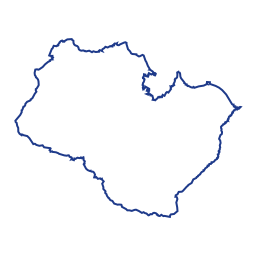 the district of Pasuruan, Jawa Timur, Indonesia
{"feature_id": "22746128B81373906315979", "entity_name": "Pasuruan", "entity_type": "district", "adm_level": 2, "iso_a3": "IDN", "parent_name": "Indonesia", "parent_adm1": "Jawa Timur", "projection": "mercator", "projection_center": [112.85, -7.751], "detail": "fine", "context": "isolated", "style": "outline", "palette": "blue", "viewbox_px": 256, "rotation_deg": 0, "n_neighbors": 0, "source": "geoboundaries", "source_scale": "gbopen_adm2", "svg_char_len": 5723}
<svg xmlns="http://www.w3.org/2000/svg" viewBox="0 0 256 256"><path d="M21.2,134.9L21.2,134.4L22.6,134.6L23.2,135.1L27.3,136.1L29.4,138.2L33.3,144.1L34.1,143.8L35.2,143.9L36.3,144.9L39.3,145.8L42.6,145.3L44.1,147.3L50.4,148.2L50.6,148.6L49.6,150.1L50.2,150.5L50.5,151.8L52.2,151.4L52.6,151.9L56.0,152.3L58.5,153.3L59.0,153.8L64.3,155.4L66.7,155.7L68.2,155.3L68.9,155.4L69.6,156.8L71.4,157.3L71.8,158.4L71.4,159.2L72.1,158.9L72.1,159.5L73.5,160.1L73.9,160.2L74.4,158.5L75.5,158.9L77.4,157.7L79.4,158.1L80.4,158.0L80.7,157.6L81.3,158.0L81.5,157.6L82.3,157.8L83.4,157.3L83.6,158.2L83.2,158.7L83.5,159.0L83.5,159.8L84.8,161.3L84.4,162.1L84.6,163.3L84.2,163.6L84.8,164.6L84.2,164.2L83.8,164.4L86.1,168.7L87.7,170.1L89.8,171.0L90.5,170.8L90.5,171.1L91.6,171.6L92.8,171.6L94.0,172.5L95.0,174.6L94.2,177.4L95.4,177.5L96.2,177.0L97.8,178.8L100.2,178.4L100.8,179.0L101.9,178.7L102.0,179.6L103.7,181.4L102.2,183.7L103.4,187.2L103.3,188.9L105.5,191.3L105.2,192.9L106.5,194.2L106.9,195.7L108.5,198.0L109.2,198.2L109.7,199.4L110.5,200.2L112.4,200.9L114.2,203.6L117.7,204.7L118.9,204.5L121.2,204.7L121.6,205.1L121.9,206.8L126.1,209.1L127.3,210.3L129.3,210.3L131.8,210.9L134.5,209.9L136.0,209.7L138.9,211.0L141.9,212.9L143.6,212.2L144.9,213.1L146.5,213.5L148.4,215.3L149.2,215.1L150.4,214.1L151.9,214.3L153.1,213.1L154.1,212.8L155.8,213.2L157.0,214.1L156.9,214.5L157.7,214.8L157.6,215.3L158.6,215.8L159.8,216.0L161.3,214.8L163.4,216.1L164.6,215.9L169.9,216.9L170.1,215.4L170.9,214.4L174.0,214.0L177.5,211.1L177.2,207.3L176.3,202.5L177.4,199.1L176.9,197.3L176.1,196.9L175.8,196.4L175.5,196.5L175.7,195.3L177.5,194.3L178.7,191.9L181.8,191.7L183.0,190.8L186.6,186.8L188.2,185.4L188.3,185.0L191.6,183.0L193.3,179.4L196.2,178.0L196.7,177.0L197.2,176.9L198.1,176.2L198.1,175.7L200.2,174.3L200.2,173.9L201.6,172.1L203.5,171.1L203.5,170.2L204.2,170.2L205.3,168.3L207.2,167.1L207.2,166.4L208.4,165.9L208.1,165.4L209.0,165.1L209.3,164.0L210.8,163.9L210.8,163.4L211.9,162.9L211.8,162.3L212.3,162.4L214.1,161.5L215.2,160.0L217.0,159.0L217.0,158.1L217.8,158.0L218.3,156.6L217.9,156.1L218.3,155.0L217.9,154.4L218.7,154.0L218.8,153.0L219.5,152.0L219.4,151.3L218.8,151.4L218.6,151.1L219.8,149.5L219.7,148.5L220.2,147.7L219.8,145.3L220.6,143.0L220.2,140.5L219.1,138.9L220.4,135.1L221.7,134.2L222.0,132.9L222.0,131.8L221.3,130.6L221.6,129.0L221.2,128.5L221.0,126.9L221.9,125.7L222.6,125.4L223.3,124.2L223.8,124.3L224.7,123.7L224.8,123.2L225.2,123.2L225.4,122.3L226.0,122.5L226.2,121.9L227.3,121.3L227.6,120.3L228.0,120.5L227.8,119.8L228.1,118.8L228.6,118.8L228.9,116.9L229.4,116.3L230.2,116.2L230.5,115.3L231.2,115.4L231.7,114.6L231.9,113.5L232.4,113.2L232.3,112.5L233.0,112.4L232.9,111.8L234.0,110.3L234.6,110.4L235.3,109.3L237.1,109.5L237.2,108.7L237.7,109.0L238.3,108.6L238.8,108.8L240.6,107.0L240.1,106.9L238.5,107.8L236.9,107.2L235.3,107.3L234.2,106.7L234.5,106.3L233.8,106.3L233.6,104.6L232.8,104.7L232.0,104.1L226.2,94.5L222.2,90.1L219.1,87.7L215.6,85.9L209.8,83.9L209.9,82.2L207.0,82.0L206.9,83.3L207.4,84.1L206.6,83.9L206.5,84.3L203.7,85.6L198.7,86.4L194.4,87.8L193.6,87.5L193.8,87.1L193.4,86.9L193.0,87.5L192.3,87.6L190.9,87.2L188.2,85.8L187.6,86.0L186.6,85.0L186.7,84.6L185.8,84.6L185.9,84.1L184.3,83.1L184.5,82.6L181.1,78.3L180.4,76.7L180.1,73.7L179.7,72.7L178.7,72.3L178.1,72.4L178.1,72.0L177.2,72.5L177.4,74.9L177.1,77.3L176.2,78.4L175.2,78.7L174.7,79.9L175.0,80.6L174.6,81.9L173.6,83.9L174.2,85.1L173.3,85.7L172.8,85.6L172.6,86.1L171.8,86.0L171.6,86.5L170.6,86.4L171.1,87.5L170.6,88.1L171.0,89.0L168.4,92.6L167.0,92.0L166.1,92.7L164.5,95.8L162.7,94.9L162.1,96.9L161.3,96.5L160.8,97.3L159.4,96.8L159.1,97.4L158.2,97.1L157.5,98.2L155.3,100.2L154.9,99.9L154.5,100.1L152.7,99.8L153.2,98.7L152.4,95.8L150.8,95.5L151.1,94.9L150.1,94.2L149.9,94.6L149.0,94.2L148.3,94.7L146.7,94.0L147.9,93.6L148.8,91.9L147.8,91.0L146.8,90.8L147.3,89.4L147.5,89.2L149.2,89.9L149.2,88.8L145.5,86.7L145.1,87.7L144.5,87.6L143.8,89.1L143.5,88.9L143.2,89.2L142.8,87.6L143.5,85.5L142.6,85.0L143.1,82.8L143.7,82.1L144.5,79.6L144.1,79.2L144.2,78.6L143.0,78.2L142.9,77.6L143.9,75.9L144.0,74.3L145.3,74.6L145.1,75.3L145.7,75.6L145.7,76.0L148.0,76.7L148.5,75.5L147.9,75.3L148.9,73.1L151.3,74.5L152.3,73.8L154.3,75.2L155.1,75.4L155.8,73.8L155.3,73.2L153.6,72.7L152.7,71.5L150.2,69.8L149.5,69.7L149.9,69.3L147.9,66.0L146.3,61.9L145.5,60.7L143.7,55.5L142.5,54.9L139.7,56.3L138.8,56.4L136.0,54.6L136.1,54.3L132.3,54.0L131.1,53.3L130.1,51.4L128.0,49.2L126.4,43.8L126.6,43.0L125.6,42.3L124.3,42.5L120.0,44.4L119.1,45.1L118.2,45.2L117.4,45.0L116.6,44.2L116.9,43.3L116.2,43.7L114.7,43.5L114.1,44.0L114.1,45.3L112.8,45.2L112.5,46.5L111.8,46.4L111.7,45.9L110.7,46.4L110.2,46.1L107.7,47.5L105.4,46.8L104.3,48.1L102.5,49.2L101.8,50.7L102.0,51.0L99.8,50.1L98.9,50.8L99.0,51.7L95.8,52.0L93.3,51.3L92.0,52.2L89.2,50.7L86.1,51.4L85.0,50.9L84.8,51.1L83.2,50.4L81.4,50.7L80.3,50.4L78.9,49.4L78.3,47.2L77.3,46.1L75.3,45.4L74.2,44.5L73.5,42.9L73.4,40.7L71.9,39.7L71.7,39.1L67.3,39.4L64.5,41.1L64.3,41.7L63.2,41.7L63.3,41.1L62.2,41.0L62.0,40.6L60.8,41.1L59.5,42.4L59.6,42.7L57.7,45.1L58.1,45.4L57.7,45.8L56.8,45.8L56.4,46.2L53.7,45.8L52.5,48.5L51.8,48.9L49.2,55.5L50.3,55.9L52.3,55.9L52.2,56.3L52.7,57.0L52.3,57.2L53.0,57.6L52.7,58.1L52.2,57.7L51.9,59.2L52.2,59.5L50.9,59.7L49.8,60.3L50.0,61.0L48.1,61.9L45.1,64.3L42.7,67.0L39.3,69.3L38.3,69.7L37.0,69.3L35.3,69.6L34.6,72.9L34.9,75.2L35.8,76.4L35.9,77.3L37.2,78.4L38.1,79.8L38.5,81.5L38.7,84.6L38.6,85.4L36.7,88.5L35.8,89.1L35.8,90.6L36.4,91.7L34.8,93.7L32.4,98.2L30.6,99.5L30.6,100.2L30.0,100.6L27.1,101.8L25.4,103.8L25.2,105.2L24.3,106.5L23.4,106.7L22.6,109.2L22.1,110.2L21.6,110.4L21.7,112.2L20.2,115.0L15.4,120.7L15.7,122.1L16.6,122.8L17.2,125.8L18.2,127.9L18.3,131.7L19.6,133.8L21.2,134.9Z" fill="none" stroke="#1e3a8a" stroke-width="2"/></svg>